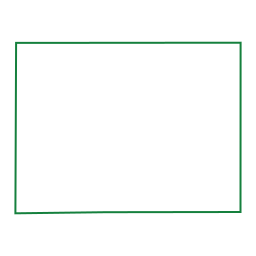 outline of Hardee, Florida, United States of America
{"feature_id": "52423323B36790328551153", "entity_name": "Hardee", "entity_type": "district", "adm_level": 2, "iso_a3": "USA", "parent_name": "United States of America", "parent_adm1": "Florida", "projection": "natural_earth1", "projection_center": [-81.777, 27.492], "detail": "fine", "context": "isolated", "style": "outline", "palette": "green", "viewbox_px": 256, "rotation_deg": 0, "n_neighbors": 0, "source": "geoboundaries", "source_scale": "gbopen_adm2", "svg_char_len": 195}
<svg xmlns="http://www.w3.org/2000/svg" viewBox="0 0 256 256"><path d="M240.5,212.0L240.6,42.7L16.1,42.9L15.4,213.3L105.5,212.2L240.5,212.0Z" fill="none" stroke="#15803d" stroke-width="2"/></svg>